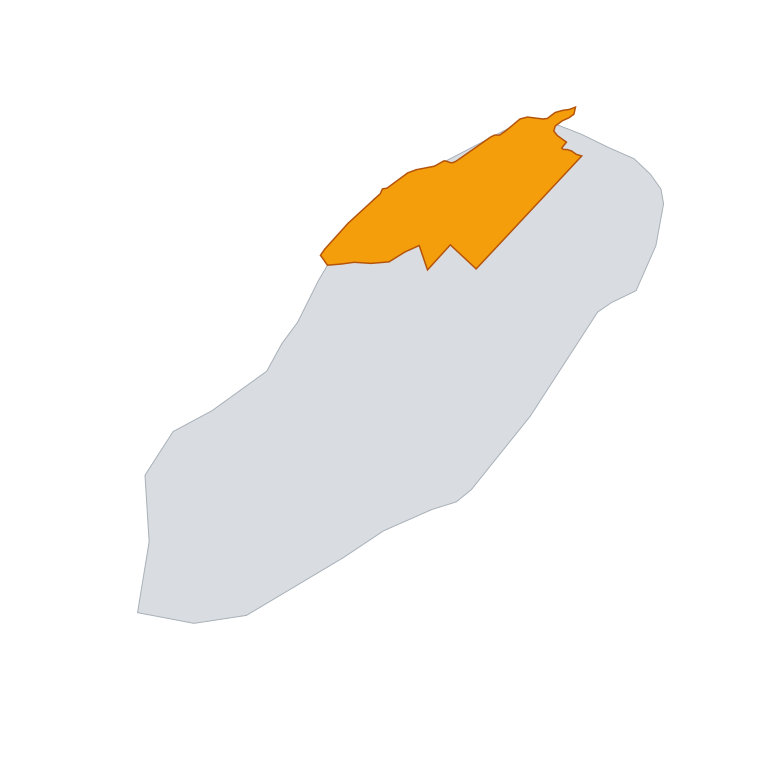 location of Al Wakrah within Qatar, rotated 223°
{"feature_id": "QAT-1101", "entity_name": "Al Wakrah", "entity_type": "Municipality", "adm_level": 1, "iso_a3": "QAT", "parent_name": "Qatar", "parent_adm1": "", "projection": "equal_earth", "projection_center": [51.437, 24.907], "detail": "fine", "context": "in_parent", "style": "filled", "palette": "amber", "viewbox_px": 768, "rotation_deg": 223, "n_neighbors": 0, "source": "natural_earth", "source_scale": "10m", "svg_char_len": 1287}
<svg xmlns="http://www.w3.org/2000/svg" viewBox="0 0 768 768"><g transform="rotate(223 384 384)"><path d="M409.8,701.3L381.3,710.0L354.6,719.3L332.2,719.1L314.3,715.4L302.4,706.4L279.5,670.6L263.3,624.2L273.3,598.3L276.8,582.2L255.1,460.1L248.1,366.4L250.7,347.2L263.3,325.1L284.2,276.4L295.3,229.4L326.8,121.0L359.8,79.3L408.3,48.7L448.2,108.5L496.6,154.3L505.8,205.4L491.6,247.1L478.5,313.5L486.3,344.0L489.3,370.4L502.5,414.9L515.3,472.5L517.5,512.7L510.6,549.9L493.7,581.2L460.4,675.4L450.4,685.2L409.8,701.3Z" fill="#d9dde1" stroke="#a8b0b8" stroke-width="1"/><path d="M518.2,434.7L519.3,442.2L519.9,477.1L516.5,520.6L518.2,525.6L515.4,529.2L510.6,554.7L506.5,562.8L495.6,577.8L492.3,588.2L489.7,589.8L486.9,590.9L484.8,592.5L483.2,596.2L475.0,634.7L474.6,636.8L472.9,641.4L469.2,644.8L467.5,652.8L465.3,670.6L461.2,677.0L448.4,686.3L445.7,689.5L444.0,699.3L440.0,705.9L435.7,711.2L432.8,717.1L429.1,710.8L430.3,704.8L433.1,698.1L434.7,689.5L432.3,684.8L426.6,683.9L415.5,685.3L415.0,677.9L413.0,677.7L409.8,680.5L405.6,682.4L400.0,683.1L394.9,685.6L395.1,531.0L430.4,531.0L430.0,497.1L452.7,509.3L458.7,495.0L463.6,476.8L471.0,468.6L475.7,463.4L481.1,459.0L488.9,452.6L496.8,442.9L506.4,432.3L516.0,434.4L518.2,434.7Z" fill="#f59e0b" stroke="#b45309" stroke-width="1.5"/></g></svg>